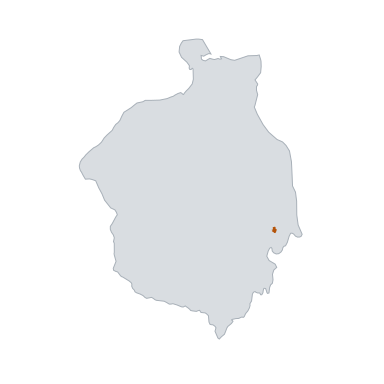 Botosesti-Paia, Dolj, Romania shown in context, rotated 257°
{"feature_id": "2599482B11798370536777", "entity_name": "Botosesti-Paia", "entity_type": "district", "adm_level": 2, "iso_a3": "ROU", "parent_name": "Romania", "parent_adm1": "Dolj", "projection": "orthographic", "projection_center": [23.228, 44.408], "detail": "fine", "context": "in_parent", "style": "filled", "palette": "amber", "viewbox_px": 384, "rotation_deg": 257, "n_neighbors": 0, "source": "geoboundaries", "source_scale": "gbopen_adm2", "svg_char_len": 4231}
<svg xmlns="http://www.w3.org/2000/svg" viewBox="0 0 384 384"><g transform="rotate(257 192 192)"><path d="M293.6,212.1L297.2,216.5L301.6,218.7L311.6,220.7L312.4,220.3L312.5,219.8L311.8,219.2L311.6,218.3L312.0,217.3L313.4,217.1L315.6,217.9L319.7,216.2L325.6,212.1L331.3,210.9L336.6,212.7L339.5,215.1L341.4,217.3L341.1,220.4L340.9,222.3L340.1,230.1L339.4,233.1L338.1,236.5L322.2,241.5L323.1,239.6L322.5,236.4L321.7,234.0L323.0,231.6L319.3,231.1L317.8,232.4L316.7,234.6L318.2,239.4L316.6,242.3L316.0,243.8L316.2,247.4L315.2,249.0L315.1,250.7L317.7,250.1L316.7,253.3L312.2,259.6L310.7,263.2L312.1,277.2L310.4,285.8L310.4,288.3L305.2,288.7L303.6,288.6L298.6,287.6L292.8,285.7L289.3,281.6L287.0,278.6L282.4,280.3L281.5,279.9L280.1,278.5L276.5,277.7L272.1,277.9L262.0,272.7L260.8,271.8L253.2,273.1L241.7,276.4L233.0,280.2L224.0,286.7L220.4,291.5L216.2,294.1L210.1,296.2L199.1,295.7L187.5,293.6L175.2,291.3L168.6,292.8L159.6,291.9L146.0,288.9L135.9,288.0L126.0,289.8L124.3,288.4L123.9,286.9L124.3,284.7L125.7,282.9L128.2,281.6L129.4,280.2L129.6,278.8L126.9,276.6L121.4,273.5L119.1,271.5L118.6,271.1L118.4,269.3L117.3,268.0L115.2,267.0L113.5,265.2L112.4,262.6L112.7,260.1L114.4,257.9L116.5,256.9L119.1,257.2L120.2,256.6L119.7,255.0L117.2,252.9L112.6,250.4L107.9,251.7L103.0,256.8L99.5,257.6L97.5,254.1L93.7,251.9L88.3,251.2L85.0,249.8L83.8,247.7L81.4,246.1L76.3,244.3L76.2,242.8L77.1,242.4L78.9,242.3L81.4,242.0L81.8,241.1L81.9,240.3L79.9,239.2L78.0,238.5L77.0,237.7L76.3,236.9L76.2,236.1L76.8,235.6L77.6,235.6L78.4,235.1L78.9,233.2L80.0,231.6L80.8,231.1L80.7,229.9L80.0,228.8L78.9,227.9L77.3,227.3L72.4,225.5L70.0,223.2L68.5,223.1L66.1,221.8L63.6,219.7L61.4,216.8L59.0,215.0L58.4,214.2L58.4,213.5L58.9,212.7L58.9,211.8L58.3,209.1L58.8,206.2L58.8,203.5L58.8,202.2L58.4,201.8L57.9,202.2L57.3,202.7L56.7,202.8L55.0,200.8L52.9,196.6L51.4,195.2L48.5,193.3L46.1,191.6L44.4,188.2L42.6,185.5L43.9,184.4L51.1,183.1L54.3,184.8L55.8,184.3L57.3,183.1L58.1,182.1L58.3,181.1L59.0,179.8L61.5,179.3L67.8,180.2L70.4,178.5L71.3,177.5L72.0,175.4L72.7,173.6L75.0,172.8L75.0,171.2L74.7,169.4L76.1,165.6L76.9,164.0L78.2,163.4L79.8,162.2L82.5,159.8L81.9,157.5L82.5,155.9L85.3,152.0L87.5,148.2L87.5,146.2L87.9,144.6L89.8,142.7L91.8,140.4L94.5,132.9L95.4,131.7L97.1,130.3L98.4,128.9L98.6,123.9L99.8,122.5L102.1,121.0L104.3,118.4L106.2,115.4L107.6,114.0L109.4,113.7L111.4,112.5L113.7,112.1L115.9,112.7L117.2,112.4L119.3,110.9L124.7,105.4L125.4,104.3L126.5,103.5L130.8,101.6L131.9,99.7L133.4,98.0L135.3,98.1L141.5,102.4L148.1,102.1L149.3,102.2L149.7,102.3L150.6,102.7L159.4,104.7L160.8,104.5L161.2,104.3L164.8,106.0L167.9,105.7L170.9,104.5L174.0,104.0L176.9,104.7L179.1,107.1L184.9,112.2L186.6,114.1L189.2,113.8L192.0,112.8L194.8,109.2L203.7,105.0L210.4,103.9L217.0,102.1L224.6,100.7L226.7,97.4L227.8,95.1L228.5,91.0L232.6,89.7L236.5,88.7L237.8,88.1L240.7,87.8L242.9,88.1L246.4,89.9L248.9,92.4L250.0,94.3L252.2,97.1L254.5,100.9L257.2,106.1L257.8,108.7L258.9,111.6L260.9,115.0L264.5,118.7L265.0,119.5L266.7,122.1L270.0,128.1L272.7,130.4L275.0,132.9L276.2,135.5L277.9,137.8L281.8,140.8L285.0,143.6L287.9,151.8L289.8,155.6L291.1,158.4L291.0,164.4L291.8,167.0L290.7,171.7L288.8,181.3L288.6,188.8L289.3,192.8L289.5,195.4L290.2,197.0L291.1,200.4L291.4,203.3L290.6,204.2L289.3,205.0L288.9,205.7L290.1,206.9L291.9,209.3L293.6,212.1Z" fill="#d9dde1" stroke="#a8b0b8" stroke-width="1"/><path d="M138.8,264.6L138.8,264.3L138.8,263.6L138.5,263.7L138.1,263.7L138.0,263.4L137.9,263.4L137.8,263.2L137.7,263.1L137.4,263.1L137.2,263.2L136.9,263.1L136.7,263.0L136.7,262.9L136.4,262.9L136.4,262.7L136.4,262.8L136.4,262.7L136.3,262.8L136.2,262.8L136.1,262.7L136.1,262.8L136.1,262.7L135.9,262.7L135.7,262.7L135.4,262.6L135.3,262.8L135.2,262.9L135.2,263.0L135.1,263.3L135.1,263.5L134.9,263.6L134.8,263.4L134.7,263.4L134.5,263.2L134.4,263.2L134.3,263.3L134.2,263.4L134.2,263.5L134.1,263.8L134.3,263.9L134.4,264.0L134.5,264.1L134.7,264.3L134.8,264.4L134.9,264.5L135.0,264.5L135.3,264.7L135.4,264.8L135.5,264.8L135.7,265.0L135.8,265.0L136.0,265.1L136.3,265.1L136.5,265.2L136.7,264.9L136.6,264.6L136.6,264.4L136.8,264.5L137.0,264.5L137.1,264.4L137.3,264.4L137.5,264.4L137.8,264.5L138.0,264.5L138.3,264.5L138.5,264.7L138.8,264.6Z" fill="#f59e0b" stroke="#b45309" stroke-width="1.5"/></g></svg>